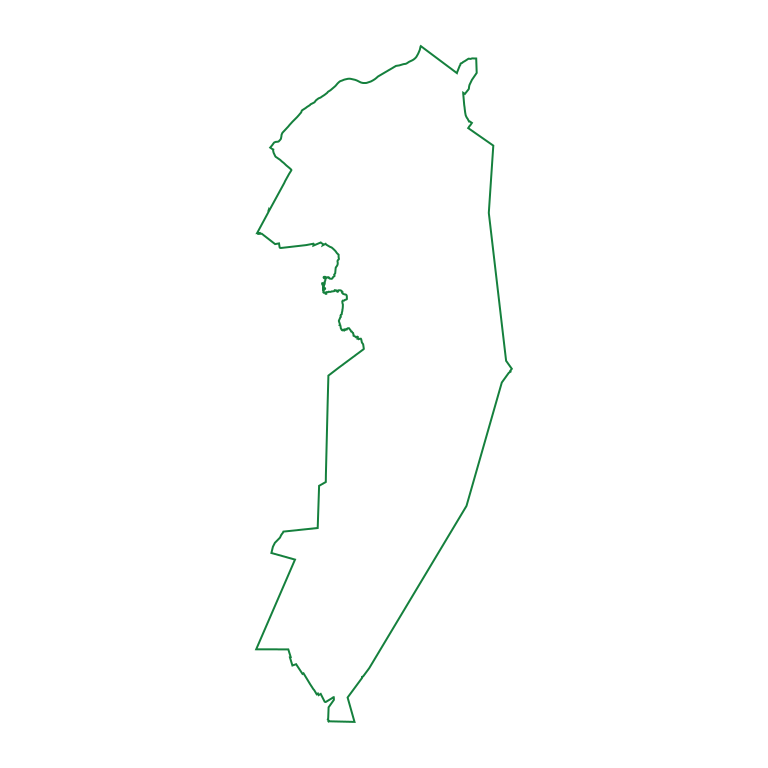 the district of Westerwolde, Groningen, Netherlands
{"feature_id": "6326949B51666543137940", "entity_name": "Westerwolde", "entity_type": "district", "adm_level": 2, "iso_a3": "NLD", "parent_name": "Netherlands", "parent_adm1": "Groningen", "projection": "mercator", "projection_center": [7.085, 52.999], "detail": "fine", "context": "isolated", "style": "outline", "palette": "green", "viewbox_px": 768, "rotation_deg": 0, "n_neighbors": 0, "source": "geoboundaries", "source_scale": "gbopen_adm2", "svg_char_len": 5825}
<svg xmlns="http://www.w3.org/2000/svg" viewBox="0 0 768 768"><path d="M271.4,553.0L295.0,559.6L256.2,649.3L288.3,649.4L290.7,657.1L289.9,657.3L292.4,665.5L296.1,664.2L302.5,673.9L303.5,673.3L307.6,680.0L310.0,684.0L313.3,689.1L314.2,690.1L316.7,694.3L317.9,693.5L318.6,695.1L320.7,693.9L324.6,701.6L324.9,701.8L325.3,702.0L325.9,701.9L332.0,698.2L332.9,697.5L333.7,697.2L333.8,697.5L333.9,699.5L333.8,700.0L328.6,707.3L328.2,718.3L327.8,719.6L328.3,720.0L328.4,720.3L328.7,720.5L328.4,721.3L328.6,721.5L328.8,721.3L354.5,721.9L347.6,697.5L362.0,678.0L362.0,676.9L363.2,676.4L363.6,675.7L363.8,675.5L369.2,668.2L466.5,505.9L501.8,382.5L508.8,372.8L510.5,371.7L510.1,371.1L511.8,368.8L506.1,360.8L488.8,212.9L493.3,145.6L468.2,128.1L468.6,127.5L469.0,127.0L469.1,126.6L470.2,125.4L471.9,122.9L469.7,121.4L469.3,121.6L469.1,121.6L467.5,118.6L466.8,117.7L466.3,116.7L465.7,115.3L465.2,112.7L464.8,109.6L464.7,108.9L464.6,107.7L464.2,104.9L463.2,93.4L463.2,92.8L464.9,93.9L468.5,89.4L468.8,88.9L468.9,88.5L469.1,86.6L469.5,84.9L471.9,79.9L476.7,72.9L476.2,58.5L472.1,58.4L470.7,58.9L468.5,58.7L464.8,61.1L463.0,62.1L462.3,62.8L460.9,63.4L460.6,63.6L460.3,64.9L459.7,65.8L457.2,72.1L456.9,73.1L420.8,46.1L420.6,46.4L419.8,49.8L418.9,52.0L418.1,53.8L416.7,56.3L416.2,57.1L415.1,58.3L413.5,59.6L412.1,60.4L409.1,61.8L406.7,63.4L406.0,63.7L405.3,63.9L404.2,64.0L402.9,64.3L399.3,65.4L396.0,65.9L378.0,76.5L376.2,78.1L374.8,79.2L372.7,80.5L370.8,81.5L366.6,82.9L365.5,83.0L363.1,83.0L361.7,82.7L360.7,82.4L356.9,80.5L355.0,79.8L350.5,78.8L349.3,78.7L347.9,78.8L344.8,79.5L343.8,79.8L342.2,80.5L341.0,80.9L340.0,81.3L339.1,82.0L337.6,83.4L336.6,84.6L335.4,86.0L334.5,86.8L330.5,90.2L328.0,91.8L327.1,92.9L324.4,95.0L322.2,96.4L320.5,97.6L318.9,98.2L318.2,98.6L315.9,100.4L314.9,101.8L314.3,102.4L313.4,102.9L311.2,104.0L310.6,104.3L309.8,105.2L308.2,106.2L306.8,107.1L305.7,108.0L302.1,110.3L301.7,110.9L301.2,112.3L300.6,113.1L300.3,113.4L298.8,115.2L297.0,117.2L292.5,121.7L289.5,125.0L288.3,126.5L282.5,132.7L282.1,133.5L281.6,134.7L281.5,135.2L281.4,136.4L281.0,138.4L280.8,139.0L280.1,139.9L278.7,141.4L278.3,141.6L277.8,141.7L275.7,141.9L274.9,142.2L274.2,142.5L273.6,143.2L272.2,145.2L270.2,147.6L271.9,148.8L273.3,149.5L273.1,150.5L273.6,152.7L274.3,154.2L275.3,156.3L275.7,156.8L280.2,159.9L281.9,161.5L283.8,163.0L286.3,165.4L289.7,168.2L291.2,169.6L291.3,169.8L291.4,170.1L290.8,171.2L289.1,173.9L285.1,181.1L284.3,182.9L269.3,210.4L268.9,209.5L268.5,210.6L268.4,211.2L268.3,212.3L257.1,233.1L259.3,233.0L258.8,233.9L261.7,233.7L275.1,244.1L279.0,243.4L279.6,247.2L279.7,247.5L280.0,247.8L280.8,248.0L306.1,245.1L313.5,243.7L313.6,243.8L313.6,244.0L313.4,245.6L320.7,242.5L320.9,242.8L323.1,244.1L323.3,244.3L322.9,245.2L325.6,243.8L326.0,244.4L326.7,244.9L329.9,246.8L331.2,247.3L331.8,247.6L333.6,249.2L335.5,251.1L336.9,253.1L337.4,253.6L338.6,254.7L338.6,257.0L338.8,258.3L338.9,259.0L338.7,259.4L337.9,260.2L337.6,260.7L337.5,261.6L337.6,262.0L337.7,262.5L337.7,264.0L337.4,265.0L337.1,265.7L336.2,266.9L335.7,267.8L335.2,273.3L335.0,273.6L334.2,274.6L334.5,275.6L334.5,276.0L333.0,277.2L332.4,278.3L332.1,278.6L331.6,278.8L329.7,278.6L328.7,277.9L328.9,277.5L328.4,277.2L327.4,277.3L326.4,278.0L326.1,278.1L326.0,277.8L326.4,277.5L326.4,277.3L325.7,277.3L325.3,276.9L324.9,276.8L323.9,276.9L323.7,277.1L323.6,277.5L323.8,277.9L324.1,278.2L325.0,278.6L325.3,278.9L325.5,279.5L325.1,281.1L324.9,281.4L324.7,281.5L324.8,282.8L324.6,284.1L324.5,284.3L324.2,284.4L323.8,283.5L323.4,283.1L322.3,283.1L322.1,283.5L322.3,284.1L322.3,284.6L323.1,285.1L323.9,285.0L324.1,285.2L324.0,286.1L323.5,286.6L323.4,286.7L323.6,288.2L324.0,288.6L324.8,288.1L325.0,288.2L325.1,288.4L325.1,288.8L325.0,289.0L324.1,289.9L323.7,290.0L323.4,289.8L323.0,289.1L323.0,289.9L323.0,290.4L323.7,291.8L323.4,291.9L323.3,292.2L323.7,292.7L324.5,292.6L325.4,293.4L325.5,293.7L326.0,293.9L326.3,293.8L326.3,293.5L326.1,292.6L326.1,292.3L326.3,292.2L327.0,292.1L328.0,292.2L328.3,292.0L328.5,291.8L328.7,291.7L329.6,291.9L330.4,291.9L331.1,291.7L331.7,291.4L332.6,291.4L334.3,291.1L334.5,290.9L334.6,290.3L334.8,290.1L335.0,290.1L335.6,290.6L336.3,290.5L336.3,290.9L336.5,291.0L337.1,291.2L337.3,291.7L337.6,291.8L337.9,291.7L338.0,291.6L337.9,290.8L338.0,290.7L338.5,290.5L339.0,290.2L339.4,290.3L340.3,290.3L341.1,290.6L341.6,290.9L341.7,291.1L341.8,291.8L342.3,292.0L342.1,292.5L342.1,292.8L342.7,293.1L343.0,293.8L344.6,294.4L345.6,294.5L346.2,294.8L346.6,295.4L346.8,296.1L346.9,298.9L346.8,299.2L346.7,299.3L345.7,299.7L344.9,299.9L343.9,300.7L342.8,300.6L342.5,301.0L342.3,301.4L342.3,301.7L342.5,303.3L342.9,304.6L342.8,307.0L342.7,308.2L342.5,309.5L342.3,310.0L342.4,310.7L341.8,312.9L341.8,313.7L341.8,314.0L341.5,314.5L340.9,314.8L340.5,315.9L340.8,316.6L340.8,316.9L340.7,317.1L340.2,317.5L340.1,317.9L339.8,318.6L338.9,320.6L338.9,321.2L339.8,323.9L339.8,324.6L339.6,325.1L340.3,325.3L340.7,327.2L340.7,327.8L340.8,328.2L341.6,329.7L341.9,330.1L342.3,330.3L342.8,329.8L343.2,329.7L344.0,330.5L344.3,330.5L344.4,330.3L344.5,329.5L344.6,329.4L344.9,329.5L345.2,329.8L345.4,329.9L346.1,329.6L346.6,329.5L346.5,329.1L346.5,328.9L347.2,328.8L348.0,328.2L349.1,328.3L349.6,329.1L350.4,330.0L351.2,331.5L351.7,331.5L352.6,332.7L353.1,333.0L353.2,333.8L353.6,334.7L353.5,335.4L353.5,335.7L354.6,336.3L355.6,336.7L356.0,337.3L356.4,337.4L356.7,337.3L357.3,336.7L357.8,336.9L357.9,337.1L357.7,337.9L357.5,338.3L357.5,338.5L357.8,338.4L358.0,338.4L358.4,339.1L358.5,339.2L359.6,338.8L360.8,338.7L361.1,339.1L361.2,339.3L361.9,342.5L363.1,344.2L363.2,344.6L363.8,348.6L363.7,349.1L338.7,367.7L328.4,375.6L327.7,401.2L325.9,474.5L325.8,482.0L319.1,485.8L317.7,528.0L283.4,531.6L282.8,532.9L281.8,534.1L281.7,534.4L281.6,534.6L281.3,534.8L280.0,537.6L276.4,541.3L274.9,542.8L272.9,546.8L271.4,553.0Z" fill="none" stroke="#15803d" stroke-width="2"/></svg>